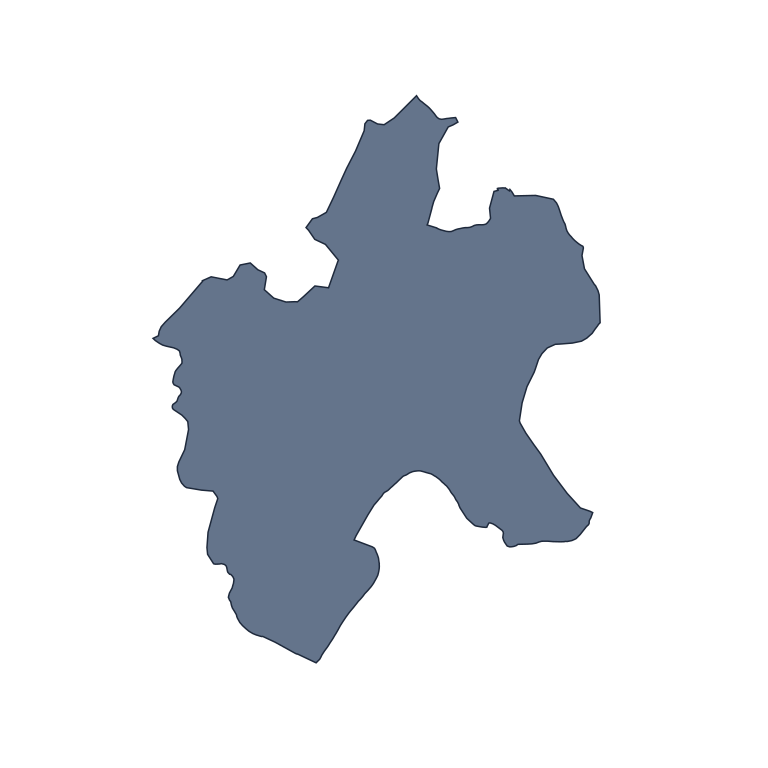 Mawiyah, Ta`izz, Yemen (orthographic projection), rotated 105°
{"feature_id": "15242507B40784737599464", "entity_name": "Mawiyah", "entity_type": "district", "adm_level": 2, "iso_a3": "YEM", "parent_name": "Yemen", "parent_adm1": "Ta`izz", "projection": "orthographic", "projection_center": [44.336, 13.613], "detail": "fine", "context": "isolated", "style": "filled", "palette": "slate", "viewbox_px": 768, "rotation_deg": 105, "n_neighbors": 0, "source": "geoboundaries", "source_scale": "gbopen_adm2", "svg_char_len": 6144}
<svg xmlns="http://www.w3.org/2000/svg" viewBox="0 0 768 768"><g transform="rotate(105 384 384)"><path d="M268.9,191.1L242.2,199.2L238.4,201.5L234.3,205.1L233.3,206.7L220.8,220.2L208.7,226.0L201.1,226.6L200.2,227.0L199.5,227.6L199.0,229.8L198.2,232.2L197.1,234.7L196.0,237.0L194.7,239.2L194.7,239.3L193.3,241.2L192.1,243.2L190.6,245.1L188.8,246.9L186.7,248.3L184.6,249.4L182.7,250.5L180.7,252.4L178.9,253.8L177.1,255.1L175.2,256.5L172.7,258.1L170.1,259.8L167.6,261.5L165.8,263.0L164.4,264.3L161.7,268.2L162.2,278.4L162.6,286.3L163.2,288.4L168.6,306.8L165.4,310.1L163.5,312.7L165.0,312.9L163.2,317.7L163.4,317.8L163.8,320.0L165.3,324.3L165.8,325.1L166.4,324.9L166.7,324.1L167.4,323.9L169.5,327.6L186.8,327.6L196.3,324.0L197.0,324.1L199.2,324.8L201.5,325.8L203.3,327.1L204.4,329.2L205.1,331.4L205.2,332.0L205.6,333.6L206.4,335.9L207.5,337.9L209.0,339.5L210.4,341.5L211.3,343.7L212.0,346.2L212.9,348.3L214.1,350.6L215.1,352.7L216.4,354.8L217.9,356.6L219.3,358.5L220.0,360.7L220.4,363.4L220.4,365.2L220.4,366.5L220.4,368.9L220.2,371.1L219.8,373.3L219.6,373.4L219.2,383.5L217.0,383.2L201.9,383.2L201.5,383.3L194.9,383.2L185.5,381.8L180.7,380.9L173.0,384.5L162.7,389.1L137.6,393.2L119.1,388.5L115.8,384.3L111.9,380.4L108.1,383.8L109.6,387.8L110.2,389.3L110.5,389.9L111.3,392.1L112.4,394.4L113.4,396.8L113.6,399.3L112.8,401.6L111.5,403.4L110.0,405.2L108.6,407.2L106.9,409.7L105.7,411.6L104.5,413.9L102.7,418.1L101.7,420.2L100.9,422.4L99.5,424.5L98.0,426.2L97.1,427.2L112.7,436.2L124.4,443.0L133.4,450.9L133.5,451.0L134.5,457.5L132.7,465.5L133.6,468.1L137.6,469.8L144.5,468.7L166.4,471.8L185.2,475.9L198.8,478.2L216.4,481.0L233.1,484.1L240.4,491.5L242.9,495.9L253.1,499.8L255.0,496.7L262.2,488.3L264.3,476.7L276.2,460.1L277.4,460.3L305.4,462.5L307.2,476.1L320.3,484.3L327.0,488.8L327.6,491.5L330.2,499.9L329.6,512.7L323.9,524.0L310.8,525.3L307.6,528.1L306.3,535.4L301.7,544.5L306.3,553.8L319.1,557.4L324.0,562.4L324.1,562.6L325.2,578.7L330.7,585.5L330.7,585.4L332.1,586.0L363.6,601.1L380.7,611.2L386.3,614.0L391.2,614.8L395.8,614.4L399.7,618.9L401.2,616.2L402.8,611.6L403.7,607.9L403.8,604.0L403.5,596.5L404.0,592.8L405.0,590.2L406.9,589.0L408.9,588.2L411.2,586.4L412.9,585.4L414.0,585.2L414.8,584.8L416.4,584.6L418.8,585.7L422.2,587.4L424.8,588.5L426.2,588.9L428.2,588.9L430.5,589.0L433.9,588.8L436.7,588.5L438.0,587.7L439.1,586.5L439.4,584.7L439.8,582.7L439.9,581.6L440.8,580.1L442.6,578.4L443.8,577.7L445.1,577.5L446.6,577.8L447.6,578.2L449.0,579.0L450.6,579.3L454.0,579.5L455.2,580.1L456.6,581.1L458.4,582.6L460.1,582.8L461.9,582.2L463.1,580.9L466.3,571.3L468.8,567.0L471.1,563.8L478.6,561.0L499.0,559.5L512.4,562.0L517.3,562.2L521.3,561.1L524.9,559.0L529.0,556.6L532.0,553.9L534.4,550.3L535.2,547.9L533.8,533.3L533.8,533.1L531.7,521.4L535.9,516.2L537.7,514.9L547.2,515.5L572.7,515.6L587.8,512.7L594.2,510.3L601.7,502.1L601.8,501.6L601.6,500.0L600.9,497.7L600.4,496.2L599.6,494.6L599.6,491.5L600.2,490.0L600.7,489.3L602.0,488.4L605.3,486.8L606.3,486.1L607.7,483.9L607.6,482.7L608.3,481.5L609.3,480.1L611.2,478.5L612.4,478.2L613.4,478.1L615.5,477.8L617.6,477.9L620.4,477.9L622.9,478.5L626.0,479.2L627.9,479.2L629.3,479.2L630.6,479.0L631.6,478.0L632.3,477.7L633.2,476.7L634.0,475.7L635.6,474.9L637.2,474.1L639.7,472.4L642.4,469.5L645.1,466.8L646.7,466.0L648.2,464.9L651.7,461.5L654.0,458.1L656.1,454.1L657.8,450.4L659.0,446.1L659.5,442.3L659.5,440.5L659.6,439.1L659.6,436.8L659.2,435.8L661.6,422.3L667.2,399.7L667.4,398.0L667.3,397.8L667.2,397.7L670.9,377.4L668.6,376.1L666.6,374.9L664.3,374.3L662.0,373.9L659.8,373.2L657.6,372.5L653.3,370.8L651.0,370.0L648.6,369.3L646.5,368.6L644.5,367.9L642.2,367.2L639.9,366.6L637.7,365.9L633.2,364.7L631.0,364.2L628.5,363.6L626.3,362.9L623.8,362.1L621.8,361.4L619.4,360.6L614.2,358.6L611.9,357.6L609.8,356.6L607.7,355.6L605.3,354.6L603.1,353.6L600.6,352.6L598.3,351.3L596.1,350.2L593.9,349.2L591.7,348.4L589.7,347.3L587.7,346.2L585.6,345.2L583.6,344.2L581.6,343.4L579.4,342.6L577.0,342.0L574.7,341.4L572.5,340.9L570.3,340.5L568.1,340.5L565.9,340.6L563.3,340.9L561.0,341.4L559.7,341.9L558.9,342.0L556.9,342.9L554.7,343.8L553.5,344.3L552.6,344.9L552.4,345.0L551.4,345.7L550.2,346.5L548.3,348.1L547.1,348.9L546.2,349.6L545.1,350.7L544.6,352.2L544.3,353.3L542.4,372.5L537.8,371.7L519.7,367.0L514.7,365.7L504.8,362.7L503.2,362.2L501.7,361.4L500.2,360.7L498.8,360.0L497.4,359.4L495.7,358.6L494.1,357.8L492.7,357.1L491.2,356.7L489.6,356.1L488.3,355.2L487.0,353.8L485.8,352.7L484.4,351.8L482.5,350.7L480.8,349.5L477.9,347.7L476.5,346.7L475.0,345.8L473.6,345.0L470.5,343.1L469.3,342.4L468.0,341.5L467.8,341.3L466.2,339.1L465.3,338.2L464.2,337.2L463.2,336.3L462.5,335.3L461.7,334.3L461.0,333.2L460.3,331.8L459.3,329.3L458.8,327.8L458.5,326.2L458.5,322.1L458.6,320.8L458.6,315.3L458.9,314.0L459.3,312.7L459.7,311.5L460.0,310.1L460.6,308.6L461.1,307.3L461.6,306.1L462.3,304.7L463.8,302.3L464.3,301.1L464.9,299.9L465.6,298.7L466.2,297.3L466.9,296.3L468.9,293.7L469.9,292.6L470.7,291.9L471.9,290.5L472.9,289.1L474.0,287.6L474.9,286.6L477.2,284.6L478.0,283.6L478.9,282.5L479.9,281.6L480.9,280.7L481.7,280.3L484.0,278.5L485.8,276.5L492.2,269.4L492.6,268.7L495.7,262.8L496.7,260.8L497.3,259.2L497.3,257.9L497.1,255.4L496.8,252.1L496.1,248.3L495.5,247.5L494.8,247.6L494.7,247.5L491.3,246.8L491.1,246.4L490.7,245.7L490.9,242.7L491.7,239.7L494.8,232.1L495.9,230.7L497.7,229.9L498.0,230.0L501.6,229.5L504.1,227.9L505.6,226.6L507.5,224.4L508.6,223.1L508.8,220.5L508.2,218.6L507.3,216.6L505.9,214.5L504.2,213.1L501.5,203.9L500.1,199.7L498.4,196.0L496.5,193.4L495.0,190.8L493.5,185.3L492.5,179.9L490.7,172.5L489.6,168.9L489.2,168.4L488.7,166.2L486.6,162.0L484.6,159.5L483.6,158.4L478.5,155.5L469.9,151.8L467.9,150.7L467.3,150.2L466.3,149.9L465.3,149.8L464.2,150.1L463.1,150.3L461.6,150.1L459.9,149.6L454.2,149.1L453.6,152.1L452.9,162.2L448.7,168.7L442.3,178.7L428.2,196.7L411.2,214.4L403.6,223.8L394.7,234.3L386.5,242.4L384.5,243.7L366.5,245.7L359.5,245.5L349.6,245.2L333.8,242.0L330.3,241.7L320.3,241.1L313.8,239.3L306.9,235.6L301.3,228.8L300.0,224.8L299.0,221.9L295.8,212.9L295.7,212.6L291.5,204.3L287.2,200.0L281.1,196.0L276.8,194.5L271.9,192.5L271.2,192.4L268.9,191.1Z" fill="#64748b" stroke="#1e293b" stroke-width="1.5"/></g></svg>